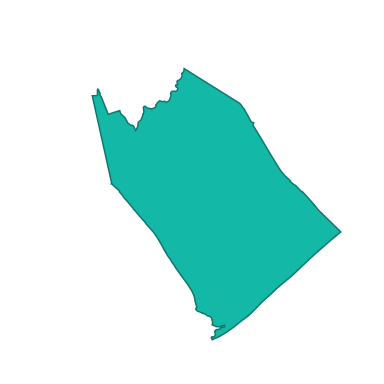 the district of Santo Domingo Armenta, Oaxaca, Mexico, rotated 311°
{"feature_id": "50627088B1685589835575", "entity_name": "Santo Domingo Armenta", "entity_type": "district", "adm_level": 2, "iso_a3": "MEX", "parent_name": "Mexico", "parent_adm1": "Oaxaca", "projection": "orthographic", "projection_center": [-98.373, 16.341], "detail": "fine", "context": "isolated", "style": "filled", "palette": "teal", "viewbox_px": 384, "rotation_deg": 311, "n_neighbors": 0, "source": "geoboundaries", "source_scale": "gbopen_adm2", "svg_char_len": 4219}
<svg xmlns="http://www.w3.org/2000/svg" viewBox="0 0 384 384"><g transform="rotate(311 192 192)"><path d="M145.2,125.8L145.6,126.6L145.5,127.0L145.4,127.8L145.3,128.6L145.2,129.6L145.3,132.8L145.3,136.3L145.3,136.7L144.5,137.1L144.3,138.4L144.2,139.2L144.1,139.8L144.1,140.0L144.1,140.5L143.4,143.1L142.8,145.8L142.8,146.8L142.7,147.8L141.0,158.3L140.8,158.8L139.5,167.7L138.3,176.5L137.8,178.3L137.0,184.6L137.0,185.1L136.7,186.7L136.2,190.4L135.5,192.9L134.8,195.7L134.4,196.6L132.8,201.8L130.1,208.9L130.1,209.0L127.7,216.2L127.1,219.3L126.1,222.3L125.5,224.1L125.2,226.1L124.3,228.7L122.2,237.1L119.4,249.6L119.3,249.8L117.3,256.5L115.1,261.6L111.2,266.5L108.1,271.4L107.4,271.3L106.3,271.5L106.0,271.9L105.8,272.3L105.6,273.2L105.8,274.4L105.9,275.0L106.6,276.5L106.9,277.7L107.2,279.3L107.6,279.9L107.8,280.3L108.2,281.2L108.5,282.1L108.7,283.5L108.7,284.6L108.8,285.2L109.4,286.3L109.7,287.0L109.8,288.0L109.8,288.9L109.4,289.9L108.9,290.7L108.4,291.2L108.0,291.9L107.6,292.6L107.0,293.2L106.0,293.8L105.3,294.1L104.9,294.5L105.3,295.4L105.7,296.3L105.9,296.9L105.9,297.3L106.1,297.9L106.3,298.5L106.6,298.9L107.0,299.6L107.5,300.1L107.9,300.7L108.3,301.3L108.7,301.7L109.2,301.8L109.9,302.2L110.4,302.4L110.9,302.5L111.4,302.8L111.9,303.1L112.4,303.3L112.7,303.6L112.5,304.3L112.1,304.8L111.3,304.8L110.9,304.6L110.8,304.4L110.3,303.9L109.5,303.7L108.9,303.1L108.4,302.9L107.3,302.8L106.7,302.8L106.1,302.5L105.5,302.0L105.3,301.6L104.5,301.1L104.2,300.8L103.4,300.5L102.5,300.5L101.9,300.5L101.3,301.1L100.5,302.2L100.0,303.0L99.5,303.4L98.6,303.5L98.0,303.6L96.7,303.4L96.4,302.9L96.1,302.5L95.8,302.0L94.6,302.2L93.8,304.2L95.9,305.1L98.6,306.5L102.0,307.9L105.6,309.0L107.6,309.7L108.9,310.1L118.1,312.3L123.0,313.1L126.9,313.8L135.5,315.7L140.6,316.3L148.7,316.7L154.4,317.0L160.6,317.7L167.8,318.6L175.3,319.3L181.6,320.2L193.3,322.2L200.7,323.0L207.3,323.6L213.1,324.2L220.6,324.9L230.1,326.1L239.4,327.4L246.8,328.4L254.2,329.6L259.5,330.5L261.3,299.1L262.3,293.8L263.6,284.6L264.7,275.1L264.1,274.8L264.9,265.8L264.6,265.6L264.2,259.1L264.9,259.1L265.3,250.1L265.4,249.6L266.1,245.6L267.8,239.6L269.4,234.6L270.5,231.2L271.3,228.5L272.2,225.9L272.9,223.8L273.5,221.6L274.3,219.3L274.7,218.3L274.7,218.1L277.8,208.9L278.1,208.0L282.3,194.6L283.2,193.8L284.7,193.2L283.6,190.7L284.0,189.9L285.5,186.1L289.0,176.5L288.9,176.2L289.8,172.1L290.2,169.7L283.2,125.6L280.0,105.1L278.0,106.4L277.1,106.7L276.2,106.7L275.3,106.6L274.8,106.5L274.3,106.8L273.9,107.5L273.3,108.2L272.5,108.6L271.6,109.0L270.7,109.3L269.3,109.0L268.1,108.9L267.2,108.3L266.4,108.1L265.6,108.1L265.2,108.6L264.5,109.3L264.0,110.4L263.7,110.6L262.7,110.1L262.2,109.6L260.9,110.4L261.0,111.3L261.2,112.9L260.6,113.6L259.9,113.9L259.2,114.0L258.3,114.1L257.5,113.8L256.8,113.2L256.6,112.9L256.5,112.5L256.0,111.9L255.4,111.3L254.6,110.8L253.6,110.8L253.1,110.8L252.4,111.1L251.1,112.9L250.2,113.3L249.6,113.5L249.0,113.6L248.4,114.0L247.5,114.3L246.6,114.6L246.2,114.8L245.5,114.7L244.7,114.4L243.9,114.2L243.0,113.7L242.7,113.3L242.6,113.0L242.6,112.0L242.4,111.6L240.9,110.7L240.5,109.9L240.2,108.9L239.6,107.8L239.3,107.6L238.5,107.5L237.2,107.3L236.8,107.3L235.1,107.6L234.4,107.6L233.9,107.6L233.7,107.7L233.4,108.3L233.2,108.7L232.7,108.8L231.7,108.6L230.7,108.4L229.7,107.9L228.7,107.4L228.2,106.7L227.6,105.9L227.4,105.4L227.0,104.7L226.6,104.2L226.4,103.7L226.0,103.1L226.0,102.3L226.0,101.4L226.0,100.4L225.7,100.1L224.7,99.7L224.1,99.7L223.2,100.6L222.2,101.6L221.7,102.1L221.3,102.8L220.5,103.3L219.5,103.6L218.3,103.9L217.4,104.7L216.4,105.1L215.4,105.2L214.4,105.6L213.1,106.3L212.0,106.0L210.9,106.0L209.5,105.8L208.7,106.0L208.0,106.7L207.1,107.1L206.6,107.6L205.2,108.2L204.1,108.7L203.2,108.8L202.4,109.0L201.3,109.1L203.1,105.6L203.5,104.1L203.3,103.3L202.6,102.5L202.2,101.9L202.2,101.0L202.1,99.7L202.0,99.1L202.0,98.4L202.3,97.4L202.7,96.5L203.0,95.5L203.4,94.4L203.6,94.2L204.1,92.9L204.3,86.9L206.0,84.0L195.7,77.8L204.3,61.1L204.7,58.8L205.5,58.5L206.4,57.6L206.6,56.6L207.9,54.2L207.7,54.1L207.8,53.5L207.2,53.6L206.4,54.1L206.0,54.5L205.3,55.1L204.6,55.6L203.9,56.5L203.5,56.9L202.8,56.9L202.2,56.8L199.2,53.6L180.1,79.4L145.8,125.8L145.2,125.8Z" fill="#14b8a6" stroke="#0f766e" stroke-width="1.5"/></g></svg>